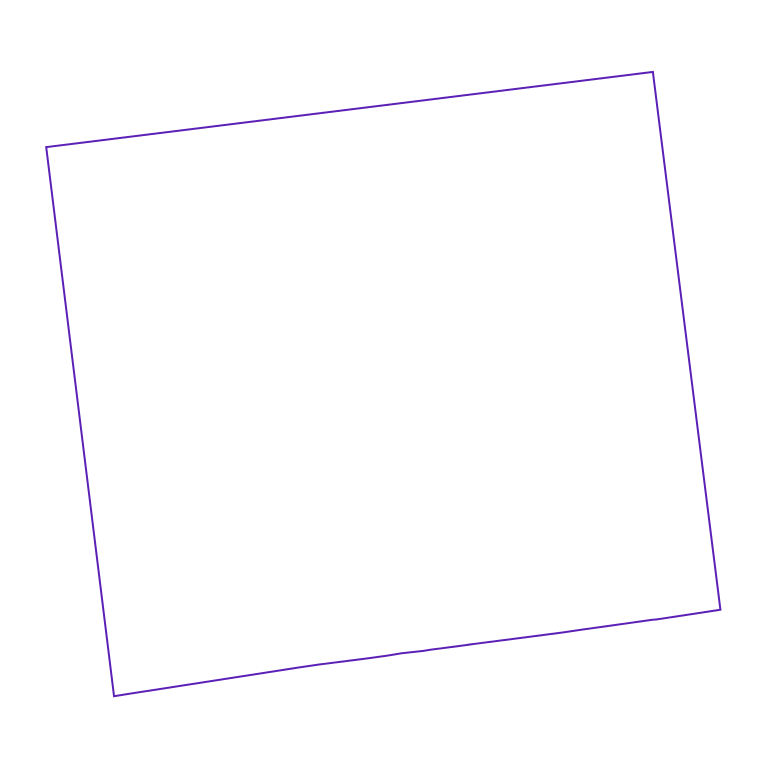 Appanoose, Iowa, United States of America, rotated 353°
{"feature_id": "52423323B22987820366787", "entity_name": "Appanoose", "entity_type": "district", "adm_level": 2, "iso_a3": "USA", "parent_name": "United States of America", "parent_adm1": "Iowa", "projection": "mercator", "projection_center": [-92.849, 40.741], "detail": "fine", "context": "isolated", "style": "outline", "palette": "violet", "viewbox_px": 768, "rotation_deg": 353, "n_neighbors": 0, "source": "geoboundaries", "source_scale": "gbopen_adm2", "svg_char_len": 426}
<svg xmlns="http://www.w3.org/2000/svg" viewBox="0 0 768 768"><g transform="rotate(353 384 384)"><path d="M77.6,107.7L78.0,661.0L93.7,660.4L264.0,655.0L285.5,654.5L336.3,654.3L354.6,654.0L368.8,653.4L390.3,653.7L397.8,653.4L427.6,653.2L437.0,653.1L436.9,653.0L531.1,652.4L551.3,651.9L588.2,651.3L621.2,650.7L625.4,650.9L688.7,649.1L690.4,649.0L688.9,107.0L77.6,107.7Z" fill="none" stroke="#5b21b6" stroke-width="2"/></g></svg>